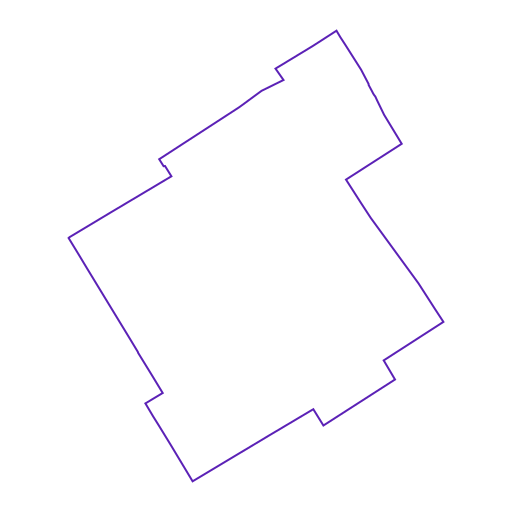 Almirante Brown, Buenos Aires, Argentina (Robinson projection)
{"feature_id": "61730980B85315219245745", "entity_name": "Almirante Brown", "entity_type": "district", "adm_level": 2, "iso_a3": "ARG", "parent_name": "Argentina", "parent_adm1": "Buenos Aires", "projection": "robinson", "projection_center": [-58.367, -34.832], "detail": "fine", "context": "isolated", "style": "outline", "palette": "violet", "viewbox_px": 512, "rotation_deg": 0, "n_neighbors": 0, "source": "geoboundaries", "source_scale": "gbopen_adm2", "svg_char_len": 720}
<svg xmlns="http://www.w3.org/2000/svg" viewBox="0 0 512 512"><path d="M152.2,375.7L162.7,393.0L145.4,403.4L153.0,416.2L158.7,425.3L170.9,445.2L192.6,481.3L268.7,435.7L313.3,409.2L323.4,425.5L395.0,379.5L383.7,360.4L443.4,321.9L435.1,309.2L418.5,283.4L370.8,218.0L360.8,202.7L346.0,179.6L401.7,143.8L384.1,114.8L377.0,100.2L375.3,96.5L374.1,95.0L373.1,93.4L372.1,91.4L368.6,84.9L368.6,84.0L361.1,69.7L345.1,44.5L340.4,37.3L337.3,32.1L336.5,30.7L313.1,45.8L275.5,68.6L283.5,80.0L261.6,90.8L239.1,107.3L159.2,159.2L163.6,166.2L165.0,166.0L171.4,176.3L110.1,212.8L69.6,237.1L68.6,238.0L78.8,254.7L86.8,268.0L110.3,306.6L128.9,337.1L137.9,352.0L138.1,352.8L152.2,375.7Z" fill="none" stroke="#5b21b6" stroke-width="2"/></svg>